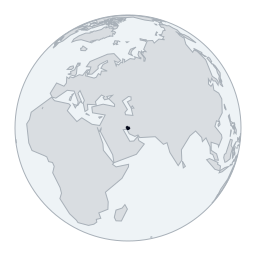 the Earth from above Kohgiluyeh and Buyer Ahmad
{"feature_id": "IRN-3209", "entity_name": "Kohgiluyeh and Buyer Ahmad", "entity_type": "Province", "adm_level": 1, "iso_a3": "IRN", "parent_name": "Iran", "parent_adm1": "", "projection": "orthographic", "projection_center": [50.792, 30.816], "detail": "fine", "context": "on_globe", "style": "filled", "palette": "ink", "viewbox_px": 256, "rotation_deg": 0, "n_neighbors": 0, "source": "natural_earth", "source_scale": "10m", "svg_char_len": 10570}
<svg xmlns="http://www.w3.org/2000/svg" viewBox="0 0 256 256"><circle cx="128" cy="128" r="113" fill="#eef3f6" stroke="#a8b0b8"/><path d="M136.0,15.6L144.9,16.8L150.1,17.6L147.8,17.3L158.8,19.6L166.1,22.0L156.8,19.2L155.2,18.8L159.7,20.1L158.9,20.1L160.7,20.9L159.4,20.8L154.1,19.5L153.1,19.5L156.4,20.5L157.1,21.4L152.5,19.8L153.3,21.2L144.6,20.0L133.2,17.1L127.3,17.5L113.0,17.9L113.3,18.3L108.1,19.1L106.5,20.0L104.3,20.1L104.9,20.8L107.3,20.5L108.3,20.8L107.6,21.4L104.7,21.5L104.6,21.2L103.4,21.6L102.2,21.5L102.4,21.9L98.9,22.2L101.2,22.8L97.6,23.8L95.5,23.8L97.2,22.6L96.6,20.5L95.1,20.6L91.2,21.7L81.0,26.1L78.7,27.0L74.5,29.0L75.1,28.9L78.6,27.4L78.6,28.0L82.9,26.3L83.5,26.5L87.3,25.5L85.1,27.1L81.0,29.2L77.7,30.2L75.8,31.3L77.6,31.7L70.4,35.2L63.4,40.6L61.7,41.6L60.7,40.5L63.9,36.8L62.6,36.6L61.8,38.3L57.5,41.1L56.2,42.4L55.5,43.3L56.4,42.9L54.6,44.4L54.7,42.9L56.3,41.6L56.3,42.0L57.8,40.4L57.8,39.9L55.7,41.7L56.0,41.4L62.8,36.1L70.0,31.4L77.6,27.3L85.4,23.7L93.5,20.8L101.8,18.4L110.3,16.8L118.8,15.7L127.4,15.4L136.0,15.6ZM15.9,139.2L16.1,141.2L16.4,143.3L15.9,139.2ZM154.0,18.4L151.5,17.8L154.2,18.5L154.0,18.4ZM161.2,21.0L162.1,21.2L162.6,21.5L161.2,21.0ZM88.2,24.8L87.7,25.1L87.3,25.1L88.2,24.8ZM90.3,24.1L90.1,23.8L91.0,23.4L91.1,23.6L90.3,24.1ZM161.1,21.8L161.6,22.4L160.2,21.6L161.1,21.8ZM90.3,24.5L92.7,22.9L94.4,22.3L96.2,22.6L90.3,24.5ZM161.3,22.6L162.7,24.4L164.9,24.9L159.3,24.6L160.0,23.1L157.9,21.8L160.1,22.6L161.3,22.6ZM108.3,20.2L105.8,20.5L108.5,19.8L108.3,20.2ZM109.8,19.7L116.7,17.7L120.1,17.8L117.1,18.3L121.9,18.2L120.2,19.3L117.1,19.5L115.3,19.2L116.0,19.9L109.8,19.7ZM156.0,24.3L155.6,24.7L155.0,24.1L156.0,24.3ZM109.0,20.9L110.1,20.3L113.0,20.4L111.4,21.4L111.0,21.0L109.0,20.9ZM124.1,17.8L126.0,18.1L125.1,19.0L125.7,19.3L120.4,19.3L124.1,17.8ZM109.9,21.4L110.5,22.0L108.4,22.6L108.1,21.4L109.9,21.4ZM114.5,20.0L115.8,20.1L114.6,20.3L114.5,20.0ZM101.5,25.3L102.7,24.5L104.4,24.4L101.5,25.3ZM110.8,22.2L111.5,22.0L112.3,21.9L112.2,22.5L110.8,22.2ZM120.1,20.0L119.4,20.4L122.3,20.0L121.7,20.8L118.3,20.8L119.5,21.1L119.4,21.4L116.7,21.1L120.1,20.0ZM114.6,22.9L110.0,23.3L107.3,24.7L105.8,24.8L110.4,22.5L114.6,22.9ZM116.1,21.8L114.8,22.5L113.5,22.1L113.6,21.5L116.1,21.8ZM122.6,21.5L124.3,20.2L125.0,20.3L122.6,21.5ZM114.0,23.3L115.2,23.2L114.0,23.4L114.0,23.3ZM120.2,22.1L120.8,21.6L121.5,21.7L120.2,22.1ZM116.9,23.5L115.5,23.6L115.5,23.1L116.9,23.5ZM118.7,22.9L119.6,23.1L116.4,22.9L118.8,22.6L118.7,22.9ZM120.9,22.2L121.5,22.1L120.6,22.4L120.9,22.2ZM117.7,25.4L113.7,25.2L113.7,24.1L117.7,24.4L117.7,25.4ZM28.8,142.9L26.7,123.9L29.5,119.4L31.2,112.2L51.6,97.2L54.5,100.7L68.9,103.8L70.5,105.4L67.3,110.7L76.9,121.6L81.8,117.8L92.0,124.3L99.7,125.5L105.2,115.0L92.5,112.8L91.8,107.0L103.1,104.2L114.5,106.5L114.6,104.3L108.7,98.7L112.5,95.3L106.8,96.5L108.2,98.9L104.6,99.8L103.1,97.7L104.5,96.5L101.5,95.0L95.4,101.6L96.2,104.8L87.4,104.3L87.9,109.7L85.0,111.5L83.2,103.1L84.4,100.4L80.0,90.6L78.0,93.3L82.0,102.9L80.2,101.7L77.5,105.9L78.1,101.8L74.2,91.1L67.2,90.3L55.9,98.1L52.3,97.2L50.2,93.3L56.6,83.0L64.0,86.2L66.4,83.1L66.8,77.0L69.0,78.6L70.1,76.7L73.1,77.8L79.3,74.7L82.6,75.4L86.9,70.0L89.2,69.7L86.0,72.9L85.6,75.8L94.1,78.1L96.3,77.2L98.4,73.6L100.5,74.9L101.4,71.1L107.2,71.0L100.9,68.2L103.2,64.4L107.7,62.2L107.3,60.5L100.0,64.2L98.0,66.1L98.2,68.6L92.0,74.1L88.7,74.3L90.9,67.0L86.4,66.7L90.1,61.5L107.6,54.2L114.0,53.6L120.7,60.5L118.2,62.5L114.5,61.0L116.2,65.9L116.9,63.8L118.6,65.0L121.2,62.1L122.6,62.8L122.7,58.9L124.7,59.5L124.5,62.0L130.1,58.6L134.6,59.2L135.2,58.1L134.6,56.8L140.8,58.8L141.0,57.9L139.0,56.9L138.0,54.6L138.8,51.4L140.9,52.2L140.9,53.5L144.1,57.6L143.8,61.1L144.8,61.2L145.5,58.4L141.6,53.3L141.5,51.1L143.7,53.3L142.9,52.3L143.5,51.5L146.0,51.7L143.7,49.3L147.3,40.8L152.6,40.5L154.2,43.1L158.9,39.1L164.6,39.8L162.7,38.8L163.8,36.6L162.0,36.3L161.2,35.7L163.1,30.7L165.1,30.4L163.9,27.8L162.9,27.3L161.3,27.3L159.3,24.6L164.9,24.9L166.8,25.8L169.0,25.7L172.9,28.0L177.2,30.0L180.1,33.1L183.3,34.8L183.8,34.5L188.4,36.8L196.1,42.8L187.6,38.8L175.6,31.5L180.3,34.4L178.5,34.1L179.8,35.5L183.2,37.7L184.0,37.7L185.9,44.3L192.7,52.3L193.9,50.1L197.0,51.2L205.7,59.8L212.3,76.3L216.5,79.2L218.3,82.0L218.1,85.1L215.4,81.0L213.2,80.9L211.7,78.3L210.5,82.4L208.4,78.9L208.5,84.1L211.0,86.3L212.8,83.7L213.9,90.1L218.7,93.1L221.8,98.9L222.2,112.9L218.8,119.6L219.1,121.7L216.5,120.8L214.9,126.4L221.5,134.8L222.0,138.0L218.5,146.8L218.1,144.5L211.1,142.2L211.2,150.3L216.6,153.9L218.4,160.2L214.9,159.9L212.8,154.5L210.3,153.5L210.0,146.7L206.0,137.9L202.4,141.6L201.7,137.5L195.6,131.0L189.9,135.9L181.4,149.8L181.8,160.2L178.2,165.6L169.9,152.5L167.0,142.7L163.4,144.3L155.3,136.7L139.7,137.6L138.0,135.0L134.9,136.4L129.3,133.8L126.8,129.3L123.2,129.6L129.8,141.3L133.8,141.0L137.8,136.4L138.8,140.6L144.3,144.0L136.4,154.3L114.0,162.7L112.7,154.8L100.3,131.4L101.2,129.0L101.2,128.7L101.1,128.1L99.0,132.0L97.2,127.3L102.9,143.7L103.4,150.3L113.7,163.1L112.5,164.3L116.1,166.9L128.6,164.3L128.5,166.8L122.0,178.3L105.4,192.2L108.2,201.8L107.9,209.3L98.8,212.9L100.8,218.3L96.3,219.4L96.8,222.1L93.9,224.2L88.5,225.4L78.0,222.6L76.4,220.2L69.6,213.8L59.9,198.6L61.5,193.2L60.1,187.6L52.7,172.8L54.2,166.3L52.5,162.5L48.7,161.6L46.8,156.9L44.7,155.8L32.0,150.5L28.8,142.9ZM43.0,107.0L42.1,109.1L43.0,107.0ZM125.5,114.7L132.9,115.4L131.2,108.3L133.9,108.1L132.3,105.9L131.0,107.8L127.4,101.8L131.1,99.9L131.0,96.9L128.5,96.5L122.3,101.0L127.4,109.5L125.0,112.3L125.5,114.7ZM57.6,41.2L57.5,41.3L56.4,42.5L56.3,42.4L57.6,41.2ZM55.8,45.9L52.9,48.2L54.9,46.3L54.1,46.4L57.1,42.9L61.0,41.9L58.7,42.8L55.8,45.9ZM62.3,38.3L59.9,40.4L62.4,38.1L62.3,38.3ZM73.2,65.9L73.6,67.7L71.5,69.5L67.2,69.4L70.2,66.6L73.2,65.9ZM74.6,69.8L77.9,63.1L80.7,63.1L78.6,64.2L80.1,64.9L77.1,66.8L76.4,73.9L74.6,76.0L67.8,74.1L71.0,73.4L70.5,71.6L74.6,69.8ZM81.6,48.2L83.0,46.0L87.1,48.9L85.3,50.7L80.9,50.5L80.6,48.3L81.6,48.2ZM93.0,25.7L93.4,25.1L94.2,25.0L94.6,25.4L93.0,25.7ZM101.9,24.9L92.6,28.0L92.5,27.5L87.2,30.3L84.8,30.1L88.3,28.3L82.5,30.4L84.7,28.6L80.8,30.3L88.8,26.2L90.6,24.9L89.6,26.3L91.7,26.5L93.2,26.2L98.6,24.5L103.5,22.2L106.4,22.2L107.1,22.9L106.4,23.4L104.8,23.1L105.0,24.1L102.0,24.2L101.9,24.9ZM114.5,34.3L112.8,33.2L112.8,36.3L109.8,35.9L110.0,36.3L107.3,36.9L104.3,38.3L103.2,37.9L102.5,38.7L100.6,39.2L99.3,40.2L96.8,39.8L95.0,41.0L94.9,40.2L92.4,42.5L93.1,40.6L90.8,41.3L91.4,42.7L81.2,39.7L76.4,40.4L72.0,42.0L73.8,39.1L79.1,35.8L85.8,33.1L90.1,33.1L90.2,32.0L92.3,31.7L91.4,32.7L94.0,31.0L95.5,31.1L101.4,29.5L104.3,27.3L106.6,26.8L106.2,27.8L108.7,26.7L109.4,28.2L111.1,27.9L113.4,29.3L111.7,31.5L113.7,31.1L115.6,32.3L114.5,34.3ZM118.3,25.8L116.9,28.2L114.7,29.2L111.5,26.4L109.9,26.4L107.8,25.0L111.2,23.6L111.5,24.1L112.5,24.3L111.0,24.6L113.0,24.5L113.5,25.3L115.2,25.4L114.3,26.1L118.3,25.8ZM73.2,103.9L74.5,104.7L76.9,105.1L75.3,107.9L73.2,103.9ZM70.4,96.7L71.8,96.7L70.6,100.6L69.2,100.0L70.4,96.7ZM73.5,93.7L71.9,96.4L71.9,94.6L73.5,93.7ZM87.4,72.9L89.0,72.9L88.7,73.8L87.4,74.9L87.4,72.9ZM113.7,44.8L113.2,43.7L113.9,43.4L114.9,40.7L117.2,41.0L117.5,42.7L113.7,44.8ZM102.4,116.6L99.6,118.3L98.7,117.1L99.9,116.8L102.4,116.6ZM86.3,113.3L89.6,115.5L85.9,114.0L86.3,113.3ZM116.4,44.6L116.5,43.5L117.6,44.3L116.4,44.6ZM118.9,41.1L120.3,41.9L117.6,40.7L118.9,41.1ZM151.2,236.8L152.3,237.0L150.4,237.3L151.2,236.8ZM127.4,209.1L121.4,221.0L116.0,220.8L114.3,217.3L116.0,210.1L122.1,208.1L124.9,204.6L127.4,209.1ZM231.1,165.2L232.2,164.2L232.1,164.7L231.1,165.2ZM230.0,165.2L231.5,163.7L229.6,166.4L230.0,165.2ZM232.0,163.1L233.5,160.6L234.1,159.2L233.9,160.2L232.0,163.1ZM228.9,166.3L222.1,171.8L219.1,172.8L220.1,170.6L224.9,167.6L228.9,166.3ZM219.8,170.8L214.9,169.3L206.6,159.7L209.6,158.6L218.0,162.5L217.5,164.2L220.5,166.0L219.8,170.8ZM230.7,154.2L230.1,158.8L226.6,161.6L224.9,162.3L223.7,157.7L224.4,154.4L225.9,153.4L230.4,139.3L232.3,140.0L231.1,145.5L232.6,147.9L230.7,154.2ZM182.4,161.1L185.4,166.3L183.3,167.9L182.4,161.1ZM231.3,130.7L230.1,136.8L230.9,129.5L231.3,130.7ZM231.2,124.4L231.8,126.4L230.6,125.1L231.2,124.4ZM220.0,124.7L218.4,126.4L218.0,124.9L219.6,121.9L220.0,124.7ZM224.1,103.9L225.8,108.4L226.1,110.2L224.6,108.0L224.1,103.9ZM136.0,47.1L132.1,50.3L130.8,53.2L132.4,55.6L128.4,53.8L130.4,49.3L136.0,47.1ZM145.7,41.4L144.3,39.6L146.0,39.7L146.5,40.1L145.7,41.4ZM144.1,40.8L140.2,40.0L140.1,38.6L143.2,39.5L144.1,40.8ZM128.2,41.9L126.9,42.7L126.1,41.9L128.2,41.9ZM212.5,202.5L211.9,203.1L214.4,200.2L217.7,194.5L218.3,194.0L220.7,189.2L227.7,179.1L233.4,166.4L234.8,163.8L237.3,155.0L237.6,153.9L235.5,161.5L232.9,169.0L229.8,176.2L226.2,183.3L222.0,190.0L217.5,196.4L212.5,202.5ZM233.8,162.1L235.7,156.8L236.4,155.4L233.8,162.1ZM240.0,140.1L239.3,142.8L239.2,141.6L239.7,138.9L238.8,139.9L239.8,136.2L240.0,139.0L240.4,134.2L240.5,133.1L240.0,140.1ZM239.2,145.0L239.4,144.5L239.1,146.2L239.2,145.0ZM237.2,147.0L237.1,148.2L236.7,148.1L237.2,147.0ZM237.8,145.4L238.7,144.5L237.6,146.6L237.8,145.4ZM233.4,147.9L233.9,150.0L235.4,146.3L234.3,150.3L235.0,153.3L234.5,155.4L233.9,152.0L233.1,157.3L232.4,158.1L232.3,154.3L233.2,148.4L233.9,145.4L236.5,141.1L233.4,147.9ZM237.9,142.2L237.6,139.7L237.7,137.2L238.1,138.2L237.9,142.2ZM236.1,133.8L234.6,131.7L233.7,134.4L235.0,126.7L236.3,130.0L236.1,133.8ZM234.1,127.2L233.3,129.6L233.8,125.4L234.1,127.2ZM232.9,128.7L232.3,126.4L233.1,125.7L232.9,128.7ZM234.6,126.6L233.9,122.1L234.8,124.1L234.6,126.6ZM230.6,121.2L233.3,123.2L230.7,124.1L228.3,116.1L229.3,114.7L230.6,121.2ZM221.9,82.3L220.4,80.4L220.7,78.8L221.6,80.6L221.9,82.3ZM220.1,72.8L220.3,77.8L220.1,82.2L221.2,82.5L223.0,86.8L220.3,84.4L218.8,78.6L219.3,76.0L217.4,72.6L216.5,69.2L213.6,65.8L212.5,63.6L215.3,66.0L220.1,72.8ZM212.3,64.4L206.9,58.1L208.2,57.1L209.7,58.2L211.6,61.5L210.8,61.8L212.3,64.4ZM206.0,56.4L205.1,56.7L195.3,49.9L193.6,48.3L201.8,52.5L201.4,53.1L203.5,55.1L206.0,56.4ZM156.8,25.0L155.7,24.7L156.7,24.6L156.8,25.0ZM160.2,35.6L159.3,34.7L160.5,34.6L160.2,35.6ZM157.4,32.4L156.7,33.1L156.6,32.0L157.4,32.4ZM155.3,35.0L156.0,33.2L156.6,35.4L155.3,35.0Z" fill="#d9dde1" stroke="#a8b0b8" stroke-width="1"/><path d="M128.9,127.3L129.0,127.7L129.2,127.9L129.4,128.0L129.5,128.3L129.4,128.5L129.1,128.5L129.0,128.4L128.9,128.4L128.7,128.3L128.6,128.5L128.7,128.8L128.7,129.0L128.2,129.3L127.8,129.3L127.7,129.3L127.6,129.2L127.4,129.2L127.4,128.9L127.3,128.7L127.4,128.3L127.3,128.2L127.2,128.2L126.9,127.9L126.6,127.9L126.6,127.7L126.5,127.3L126.5,127.2L126.8,127.0L127.0,126.8L127.1,126.7L127.2,126.8L127.5,126.9L128.3,127.4L128.5,127.5L128.6,127.4L128.8,127.3L128.9,127.3Z" fill="#0f172a" stroke="#020617" stroke-width="1.5"/></svg>